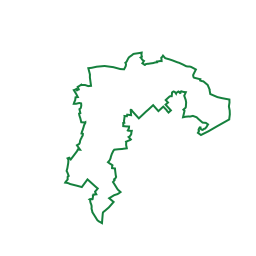 Aba North, Abia, Nigeria, rotated 312°
{"feature_id": "59680162B53329994117155", "entity_name": "Aba North", "entity_type": "district", "adm_level": 2, "iso_a3": "NGA", "parent_name": "Nigeria", "parent_adm1": "Abia", "projection": "mercator", "projection_center": [7.362, 5.109], "detail": "fine", "context": "isolated", "style": "outline", "palette": "green", "viewbox_px": 256, "rotation_deg": 312, "n_neighbors": 0, "source": "geoboundaries", "source_scale": "gbopen_adm2", "svg_char_len": 4710}
<svg xmlns="http://www.w3.org/2000/svg" viewBox="0 0 256 256"><g transform="rotate(312 128 128)"><path d="M202.1,197.5L202.3,197.3L206.2,194.6L209.0,191.9L211.5,188.6L212.8,187.7L214.8,186.4L217.0,184.3L213.2,178.1L210.8,173.8L208.3,166.4L210.8,163.2L211.1,163.1L213.3,158.4L213.1,152.8L212.5,151.9L212.0,150.9L211.6,149.8L212.7,149.1L212.2,148.4L210.9,145.9L209.6,143.5L209.6,142.9L210.0,142.1L210.9,141.0L212.2,140.6L216.9,139.3L216.4,137.2L215.6,134.0L215.0,132.8L214.0,131.6L213.5,131.0L212.8,129.8L211.9,126.3L211.1,123.8L210.6,122.2L209.9,120.8L208.0,115.8L206.7,112.8L205.2,109.8L204.8,108.8L205.2,105.6L204.7,105.7L203.8,105.8L203.3,105.8L202.9,105.7L202.3,105.8L202.0,106.3L201.1,107.3L200.2,108.2L199.4,107.3L199.2,107.0L198.0,106.1L196.8,105.0L196.3,105.6L195.5,104.9L194.7,104.2L193.0,103.2L191.5,101.9L189.3,100.1L188.5,99.3L187.6,98.7L187.2,98.4L186.2,98.4L186.0,98.1L186.0,97.5L185.9,96.5L185.7,95.4L188.5,95.0L188.3,93.9L188.3,93.4L188.4,92.3L188.8,91.3L188.8,90.2L189.8,90.4L190.3,90.6L190.9,89.7L191.8,88.6L192.2,88.2L192.7,88.1L193.2,87.7L192.0,86.8L190.6,85.7L187.0,82.7L186.3,82.4L184.7,82.2L182.6,81.7L181.0,81.4L178.7,81.9L177.1,82.4L175.9,82.6L174.7,82.4L174.2,83.7L173.4,84.3L172.4,84.9L171.4,85.2L169.0,85.8L166.7,82.9L163.4,76.4L158.4,69.1L152.7,63.8L148.4,60.7L145.9,58.5L142.3,63.9L140.1,65.8L134.6,72.3L132.5,70.4L131.3,67.5L130.5,66.5L128.9,64.8L129.0,64.3L126.6,63.7L124.9,63.1L123.7,65.6L122.7,65.1L121.9,64.9L122.4,63.5L121.2,63.1L119.9,62.4L118.7,66.5L117.4,70.0L115.7,68.5L113.5,70.0L113.0,70.3L112.0,70.5L110.6,71.1L109.7,71.5L110.5,72.4L111.4,73.3L113.2,74.5L114.0,75.1L114.9,76.7L113.5,78.2L112.4,78.9L111.2,79.5L110.4,79.5L109.5,79.3L107.2,82.6L106.0,82.0L105.0,83.2L103.9,85.0L103.8,85.3L102.7,87.0L101.0,89.4L102.2,91.0L102.9,91.8L103.5,92.3L103.8,92.4L103.5,92.7L103.1,92.9L101.7,93.2L100.5,93.6L98.7,94.5L96.0,95.7L94.6,96.2L92.8,97.1L93.2,97.8L93.5,98.3L92.9,98.8L92.4,99.2L91.6,99.5L90.7,99.6L89.3,100.1L87.9,100.4L86.2,101.1L84.9,102.0L83.6,102.4L81.0,101.6L80.3,104.6L79.8,106.9L78.9,105.8L78.5,105.1L78.1,105.2L77.4,105.4L76.9,105.6L71.2,106.1L66.3,106.5L66.6,104.2L65.0,103.4L64.5,105.0L62.0,107.0L57.6,109.8L55.0,111.1L54.4,112.7L52.7,116.0L51.6,115.7L50.4,116.6L49.4,117.6L46.7,117.7L46.2,117.7L45.4,117.9L46.3,119.2L47.1,120.7L47.6,122.4L51.1,129.0L53.2,133.2L62.7,132.3L62.7,143.3L62.8,146.0L60.9,146.1L59.5,146.1L58.7,146.1L58.3,146.7L57.5,148.8L56.7,148.1L55.8,147.2L55.5,146.9L55.0,147.3L54.8,147.2L54.4,147.0L53.5,148.0L53.0,148.2L51.5,149.3L51.3,149.3L51.1,149.0L51.1,148.7L50.1,147.9L50.0,147.6L49.8,147.4L49.2,147.2L49.3,148.1L48.3,148.9L47.4,150.1L46.7,151.6L45.8,153.0L44.9,153.9L43.7,154.8L42.0,157.4L41.6,157.8L39.0,166.9L39.1,168.9L39.4,169.9L39.9,172.3L47.4,166.6L48.5,165.9L49.8,166.0L50.8,166.2L56.1,166.9L63.4,166.8L63.2,161.0L68.9,162.7L71.8,164.4L73.4,164.9L75.4,165.3L75.4,163.5L75.4,161.9L75.6,160.8L77.4,154.6L77.8,153.0L80.3,152.9L80.6,152.0L82.0,152.3L83.7,151.9L84.7,150.5L87.8,146.9L89.2,145.4L87.5,143.0L88.2,142.4L88.7,142.1L89.2,141.6L89.9,141.4L89.8,140.2L89.4,138.3L89.3,137.2L89.2,136.0L91.6,136.0L93.8,135.3L95.4,134.4L97.1,133.7L97.7,133.4L101.2,132.4L102.7,132.3L105.7,135.0L108.6,137.8L109.4,138.4L110.8,139.6L112.1,140.7L113.1,139.4L113.6,138.6L114.3,137.8L115.4,136.9L116.3,136.1L116.5,135.7L117.7,136.3L118.9,136.8L119.9,137.3L120.7,137.7L121.4,137.8L121.7,134.5L122.6,134.8L124.2,134.8L124.9,134.6L125.8,134.4L126.7,133.6L128.1,132.9L128.4,132.7L127.8,132.1L127.3,131.4L126.1,129.9L126.0,129.5L126.9,129.3L128.7,128.7L129.8,127.8L128.2,125.9L126.2,123.2L127.5,122.1L128.2,121.4L128.5,121.1L129.4,121.8L130.5,120.3L131.8,119.5L133.2,118.5L134.3,117.8L134.6,117.4L136.0,119.3L137.4,118.5L139.6,121.7L143.1,118.0L143.2,117.9L143.4,117.9L143.6,118.2L143.7,118.9L143.4,119.7L142.9,124.6L142.4,129.6L148.2,130.1L152.1,130.4L155.2,130.8L161.8,131.4L160.9,139.3L167.5,139.9L167.1,144.9L166.9,145.2L166.6,147.8L169.8,148.1L170.5,140.3L173.7,140.7L174.0,137.3L177.2,137.6L179.1,137.8L179.9,138.1L180.9,139.2L183.9,137.0L184.8,137.1L185.7,137.5L186.1,138.9L185.7,140.7L186.3,140.4L188.5,140.9L188.9,141.1L188.8,142.4L188.8,143.3L189.3,143.5L190.2,142.8L190.9,143.0L191.8,144.9L193.3,147.0L189.6,148.2L187.4,152.2L185.9,154.1L182.2,157.0L181.4,157.2L178.7,156.9L178.6,158.5L172.8,161.7L175.1,163.4L176.9,165.1L178.2,166.6L180.4,168.1L181.9,171.8L181.8,174.1L181.9,179.8L183.9,182.4L184.2,185.1L182.5,185.4L181.8,185.6L180.0,185.7L178.9,185.6L178.3,185.1L177.3,184.8L176.6,184.8L176.3,184.4L176.0,183.6L176.0,182.8L176.6,181.8L176.9,181.5L176.4,180.9L175.1,181.2L173.9,181.6L173.5,182.1L173.4,182.7L172.9,182.9L171.2,183.2L171.6,186.9L179.5,190.0L188.8,193.0L202.1,197.5Z" fill="none" stroke="#15803d" stroke-width="2"/></g></svg>